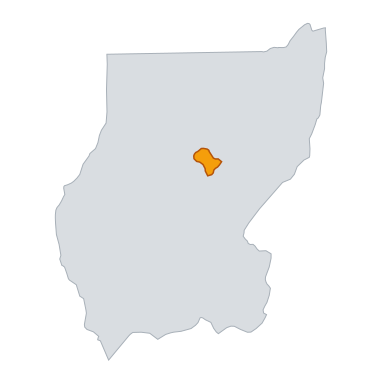 Uganda, with Kiboga highlighted, rotated 179°
{"feature_id": "UGA-3089", "entity_name": "Kiboga", "entity_type": "District", "adm_level": 1, "iso_a3": "UGA", "parent_name": "Uganda", "parent_adm1": "", "projection": "natural_earth1", "projection_center": [31.973, 0.869], "detail": "fine", "context": "in_parent", "style": "filled", "palette": "amber", "viewbox_px": 384, "rotation_deg": 179, "n_neighbors": 0, "source": "natural_earth", "source_scale": "10m", "svg_char_len": 2674}
<svg xmlns="http://www.w3.org/2000/svg" viewBox="0 0 384 384"><g transform="rotate(179 192 192)"><path d="M274.7,331.2L269.1,331.2L260.1,331.2L251.1,331.2L242.1,331.2L233.2,331.2L224.2,331.2L215.2,331.2L206.2,331.2L197.2,331.2L188.2,331.2L179.2,331.2L170.2,331.2L161.2,331.2L152.2,331.2L143.2,331.2L134.2,331.2L125.2,331.2L119.9,331.2L118.8,331.0L118.1,330.8L114.7,331.5L111.2,334.1L107.4,335.2L103.4,334.7L102.9,335.0L100.9,334.9L98.0,334.8L95.3,335.4L93.3,337.7L91.3,341.5L87.6,346.0L84.7,349.9L82.3,352.7L76.6,357.2L73.6,358.6L72.1,358.4L71.1,357.5L69.4,351.7L68.3,350.7L57.4,353.7L55.7,353.8L55.9,352.0L55.1,338.2L54.9,329.8L56.4,324.5L57.2,318.4L57.3,313.0L59.3,303.9L58.5,298.4L61.1,279.2L61.8,276.1L62.8,266.8L64.4,263.9L65.9,262.8L67.7,257.1L71.3,248.0L73.8,243.3L73.3,233.1L73.7,226.1L74.2,224.6L79.5,222.0L86.4,215.5L89.3,208.0L93.4,203.1L101.3,200.0L124.8,174.0L135.8,160.0L140.5,152.8L140.7,150.2L141.6,146.9L139.7,144.2L137.4,141.8L136.7,139.6L134.7,138.5L131.9,138.6L130.0,136.9L127.9,133.8L125.8,131.8L119.1,132.0L114.0,128.8L114.1,124.4L116.1,115.7L120.0,105.8L120.2,103.1L119.6,100.8L118.7,98.8L116.9,96.8L115.3,94.4L116.6,87.3L119.0,80.3L121.1,76.8L123.0,72.9L122.5,69.7L119.6,68.1L121.1,65.0L124.2,59.7L130.2,54.4L135.5,50.9L139.0,50.8L145.8,53.7L152.0,57.0L155.4,57.2L159.6,55.8L168.1,49.9L170.2,51.7L172.7,55.3L175.4,61.3L180.8,64.0L183.4,65.9L185.2,66.4L186.2,65.9L188.3,61.3L190.8,58.7L195.3,55.5L205.4,52.9L212.6,52.2L215.6,51.6L220.7,50.1L228.8,45.3L236.7,51.5L245.3,52.7L253.7,52.6L256.2,50.8L257.7,49.3L266.4,39.2L278.3,25.4L286.2,44.8L288.9,45.9L288.5,47.6L287.8,49.3L293.0,53.9L299.4,56.4L301.6,58.8L301.9,61.4L299.7,72.7L300.1,75.9L302.2,87.3L306.0,89.8L309.3,101.3L316.1,106.1L317.1,107.5L318.7,113.1L320.7,119.1L322.4,120.5L323.4,120.9L325.4,127.3L324.2,130.9L325.8,141.9L328.3,151.8L329.0,163.5L329.1,168.7L329.0,171.8L328.4,176.3L327.2,178.9L325.0,181.4L322.6,185.3L320.5,189.6L319.2,191.7L320.2,198.0L320.0,199.7L319.4,200.5L316.3,201.4L312.4,203.1L310.0,204.8L306.7,208.0L303.9,211.5L300.4,221.7L294.4,229.7L293.4,232.3L287.7,237.1L285.2,243.0L283.6,250.1L281.5,255.3L276.7,262.4L275.6,273.5L275.7,295.8L274.5,321.2L274.7,331.2Z" fill="#d9dde1" stroke="#a8b0b8" stroke-width="1"/><path d="M187.6,231.4L185.4,232.5L182.9,234.5L182.0,235.3L179.9,235.4L177.3,234.9L176.0,234.6L175.4,234.1L174.7,233.7L174.3,233.1L174.2,232.3L170.0,225.5L168.0,224.6L165.2,224.6L161.9,221.8L164.1,218.6L166.0,216.5L168.2,215.2L169.8,213.5L170.4,210.8L172.0,209.0L176.0,207.9L178.3,212.7L178.4,213.8L178.4,215.0L180.5,219.3L183.8,221.8L186.8,222.5L189.4,225.2L189.6,228.0L189.0,229.7L187.6,231.4Z" fill="#f59e0b" stroke="#b45309" stroke-width="1.5"/></g></svg>